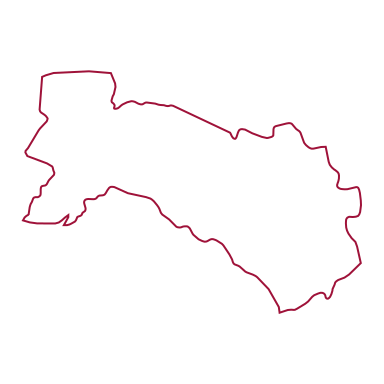 the border of Chachoengsao
{"feature_id": "THA-431", "entity_name": "Chachoengsao", "entity_type": "Province", "adm_level": 1, "iso_a3": "THA", "parent_name": "Thailand", "parent_adm1": "", "projection": "albers", "projection_center": [101.399, 13.573], "detail": "fine", "context": "isolated", "style": "outline", "palette": "rose", "viewbox_px": 384, "rotation_deg": 0, "n_neighbors": 0, "source": "natural_earth", "source_scale": "10m", "svg_char_len": 4231}
<svg xmlns="http://www.w3.org/2000/svg" viewBox="0 0 384 384"><path d="M63.9,225.1L68.3,217.2L68.3,215.1L64.9,217.6L61.9,220.3L58.8,222.5L55.1,223.5L37.1,223.4L29.8,222.4L23.0,220.4L24.6,217.5L26.4,215.9L28.0,215.0L28.4,214.5L28.7,214.2L28.7,213.9L29.7,207.2L30.2,205.4L30.7,204.0L31.7,202.3L32.1,201.4L32.9,199.2L33.3,198.3L34.0,197.6L34.9,197.3L35.9,197.1L37.0,197.2L38.0,197.1L39.0,196.6L39.7,196.0L40.3,195.4L40.6,194.3L40.7,192.7L40.7,189.1L41.0,187.3L41.7,186.3L42.8,185.9L45.1,185.5L46.0,185.0L46.7,184.3L48.6,180.7L49.2,179.9L53.9,174.9L54.2,173.9L54.3,172.7L53.4,170.5L52.7,167.5L52.2,166.5L47.0,163.4L27.4,156.1L25.4,152.5L25.6,150.9L28.0,148.1L38.6,130.4L40.1,128.4L46.7,121.4L47.4,119.6L47.6,118.4L46.8,117.2L45.7,115.8L44.2,114.6L40.9,112.4L40.1,111.3L39.6,109.6L42.0,78.6L42.1,76.9L45.8,75.3L53.6,73.0L89.0,71.3L110.9,73.1L115.1,83.4L115.5,87.0L113.9,94.0L113.7,94.5L113.2,95.4L112.7,96.3L111.5,100.5L111.6,101.6L111.9,102.3L113.1,103.2L113.8,103.9L114.6,105.2L114.5,106.4L114.0,108.0L114.3,108.6L115.1,108.8L116.1,108.7L117.0,108.5L117.9,108.2L119.4,107.1L120.9,105.7L122.5,104.5L127.1,102.3L131.3,101.2L132.8,101.3L134.8,101.8L138.4,103.7L140.4,104.3L142.0,104.4L142.9,104.1L144.7,103.0L145.6,102.6L146.7,102.5L155.2,103.6L158.6,104.7L160.6,105.0L163.9,105.2L166.2,105.9L167.8,106.1L169.1,105.9L170.0,105.6L171.0,105.4L173.1,105.8L230.1,132.7L230.6,133.6L231.5,135.6L232.1,136.7L233.3,138.2L234.3,138.7L234.9,138.8L235.2,138.8L235.4,138.7L235.7,138.4L236.2,137.7L236.6,136.8L238.0,132.5L238.9,130.6L239.5,129.9L240.6,129.3L242.0,129.1L245.1,129.6L252.3,133.3L261.9,136.9L266.8,138.0L268.0,137.9L271.2,137.0L272.1,136.6L272.9,136.0L273.3,135.3L273.5,129.2L273.8,128.0L274.3,127.1L275.1,126.5L276.0,126.1L286.5,123.5L289.0,123.1L290.5,123.3L291.6,123.7L292.3,124.4L296.1,128.9L297.7,130.1L299.3,131.2L299.9,131.9L300.5,132.8L304.1,142.7L305.0,143.9L306.1,145.2L308.6,147.3L310.2,148.2L311.7,148.7L312.9,148.7L314.1,148.5L321.1,147.0L325.7,146.8L328.7,161.8L329.8,164.8L331.8,167.4L334.3,169.6L335.2,170.1L337.4,171.9L338.1,172.7L338.7,173.9L339.0,175.6L338.9,178.7L338.5,180.6L338.1,182.0L337.7,183.0L337.1,185.0L337.2,186.2L337.8,187.3L339.4,188.4L340.8,188.9L342.2,189.1L344.8,189.3L347.4,189.2L356.2,187.1L357.2,187.2L358.2,187.8L359.1,189.7L359.9,193.0L360.8,200.5L361.0,205.2L360.1,212.1L359.2,214.5L358.1,215.9L356.2,216.6L355.1,216.8L352.8,217.0L349.2,216.8L348.2,217.2L347.3,217.7L346.7,218.5L346.2,219.4L346.0,221.0L345.9,223.3L346.2,227.5L347.0,230.5L348.4,233.5L351.6,238.1L355.4,241.9L357.1,246.6L360.8,263.1L349.1,274.5L344.5,277.6L338.2,280.0L336.3,281.3L335.2,282.5L334.6,284.6L332.7,288.8L332.6,289.0L332.5,289.8L332.4,290.8L331.4,294.1L330.1,296.8L329.0,298.0L327.9,298.7L326.9,298.6L326.2,298.1L325.7,297.3L325.2,295.2L324.7,294.3L324.0,293.6L323.1,293.1L322.1,292.8L320.4,292.8L318.2,293.5L314.2,295.2L312.2,296.8L308.1,301.5L305.3,303.7L296.9,308.8L294.9,309.8L293.8,309.9L291.3,309.7L287.8,310.0L279.6,312.7L278.8,307.0L268.6,289.1L257.2,277.2L255.6,276.0L252.8,274.6L246.8,272.4L245.3,271.6L239.6,266.5L238.1,265.7L234.7,264.4L233.7,263.6L233.1,262.6L232.7,261.6L232.1,259.5L229.4,254.4L223.4,245.4L221.9,243.8L216.8,240.6L215.6,240.0L213.8,239.4L212.8,239.1L211.7,239.1L210.6,239.4L209.7,239.8L208.0,240.8L207.0,241.3L206.0,241.6L204.5,241.7L202.2,241.0L198.6,239.3L193.5,234.9L192.6,233.7L189.8,228.4L188.7,227.3L187.6,226.5L186.5,226.3L185.2,226.3L184.1,226.4L182.9,226.6L181.9,227.0L180.8,227.4L179.4,227.5L177.4,227.2L176.3,226.7L169.1,219.4L162.2,214.5L161.7,213.8L160.9,212.8L159.4,208.9L158.5,207.2L157.1,205.2L153.9,201.3L152.1,199.7L150.5,198.6L146.0,197.1L127.9,193.2L114.4,187.1L113.2,186.9L112.0,186.8L110.8,186.9L109.9,187.3L109.1,187.9L107.3,190.4L105.9,192.9L104.7,194.5L103.8,195.0L102.8,195.3L99.3,195.6L98.3,196.1L97.6,196.7L96.4,198.2L95.5,198.8L94.5,199.1L93.3,199.2L88.4,199.0L87.2,199.1L86.1,199.4L85.3,199.8L84.6,200.6L84.2,201.5L84.1,202.6L84.3,203.7L85.5,207.9L85.6,209.0L85.4,210.1L85.0,211.0L84.2,211.6L83.4,212.2L82.6,212.7L82.3,213.4L82.1,213.8L82.0,214.0L81.7,214.8L81.1,215.4L80.2,215.9L78.1,216.6L77.3,217.1L76.9,218.0L76.1,220.0L75.5,220.9L74.9,221.6L71.5,223.5L69.5,224.5L67.2,225.1L64.0,225.1L63.9,225.1Z" fill="none" stroke="#9f1239" stroke-width="2"/></svg>